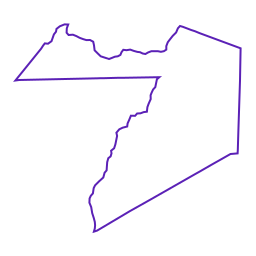 the district of Sítio Novo do Tocantins, Tocantins, Brazil
{"feature_id": "56859067B78614603253170", "entity_name": "Sítio Novo do Tocantins", "entity_type": "district", "adm_level": 2, "iso_a3": "BRA", "parent_name": "Brazil", "parent_adm1": "Tocantins", "projection": "albers", "projection_center": [-47.721, -5.652], "detail": "fine", "context": "isolated", "style": "outline", "palette": "violet", "viewbox_px": 256, "rotation_deg": 0, "n_neighbors": 0, "source": "geoboundaries", "source_scale": "gbopen_adm2", "svg_char_len": 1554}
<svg xmlns="http://www.w3.org/2000/svg" viewBox="0 0 256 256"><path d="M93.9,231.6L97.1,230.6L130.1,211.0L150.4,199.6L194.6,174.4L200.5,171.1L202.9,169.7L211.4,164.8L230.5,154.0L237.6,153.4L237.8,150.1L238.4,130.1L240.0,80.7L240.6,48.3L199.5,33.1L194.9,31.2L191.2,30.0L182.8,26.8L180.0,26.0L177.9,28.3L176.1,32.5L172.7,35.9L170.1,39.2L167.8,42.2L166.3,46.1L166.3,49.6L163.9,51.2L160.9,51.8L157.9,51.2L154.9,51.2L151.4,51.2L148.2,52.4L145.4,54.0L142.7,53.5L140.0,52.2L137.4,51.9L133.8,50.9L130.2,49.6L126.5,50.2L123.3,49.8L121.5,52.2L120.4,54.9L117.8,56.3L114.9,56.7L111.7,58.0L109.0,59.0L100.7,56.3L97.8,53.5L94.6,50.3L94.0,45.3L93.2,41.7L90.0,40.0L86.4,40.1L83.1,39.1L79.6,37.8L76.4,36.1L72.9,34.7L68.6,35.0L66.6,32.7L66.8,28.3L68.2,24.5L64.5,24.4L59.8,26.3L56.5,28.9L56.0,31.7L53.9,34.4L52.6,38.1L51.5,41.2L48.0,43.7L44.8,43.4L43.1,45.6L41.1,48.7L15.4,80.5L19.1,80.0L65.3,79.0L97.6,78.3L100.4,78.2L103.6,78.2L107.2,78.1L118.1,77.8L122.9,77.8L159.3,77.2L156.9,79.3L155.3,87.1L153.1,89.5L151.7,92.5L150.6,95.2L150.7,99.1L148.7,103.6L147.4,107.1L146.9,111.7L143.7,112.1L140.5,113.3L137.1,113.5L135.1,115.8L130.9,115.7L129.1,120.1L127.6,123.4L127.2,126.5L122.6,127.7L119.3,129.3L116.4,132.7L117.1,135.9L116.3,139.8L115.4,144.3L114.1,148.3L111.1,150.7L111.5,153.4L110.6,156.4L108.3,158.2L107.2,162.1L107.0,164.8L106.6,170.4L104.6,172.7L103.3,177.5L99.1,181.3L95.1,185.3L93.7,188.1L92.9,193.4L90.8,195.8L89.6,198.4L89.4,202.7L91.2,207.1L92.2,213.1L93.8,218.1L94.8,221.9L95.1,225.3L94.8,228.5L93.9,231.6Z" fill="none" stroke="#5b21b6" stroke-width="2"/></svg>